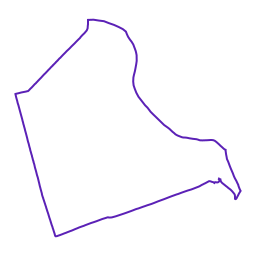 Chau Phu, An Giang, Vietnam
{"feature_id": "81297802B67223328663780", "entity_name": "Chau Phu", "entity_type": "district", "adm_level": 2, "iso_a3": "VNM", "parent_name": "Vietnam", "parent_adm1": "An Giang", "projection": "albers", "projection_center": [105.199, 10.569], "detail": "fine", "context": "isolated", "style": "outline", "palette": "violet", "viewbox_px": 256, "rotation_deg": 0, "n_neighbors": 0, "source": "geoboundaries", "source_scale": "gbopen_adm2", "svg_char_len": 5633}
<svg xmlns="http://www.w3.org/2000/svg" viewBox="0 0 256 256"><path d="M15.4,94.0L15.9,96.1L16.3,97.8L17.2,100.9L17.4,101.8L17.7,103.1L18.4,105.2L19.2,108.2L19.9,110.8L20.9,114.5L22.0,118.5L22.2,119.2L22.6,121.0L23.0,122.2L23.4,124.1L23.9,125.6L23.9,125.8L24.4,127.6L24.8,129.0L25.0,130.0L26.0,133.6L26.8,136.7L27.2,138.2L27.6,140.0L28.0,141.6L28.7,143.8L29.0,145.1L29.5,147.1L30.0,148.7L30.3,150.3L30.6,151.3L30.8,151.9L31.5,154.5L31.9,155.6L32.0,156.4L32.5,158.1L32.7,158.9L32.8,159.4L33.3,161.1L33.5,161.3L33.5,162.0L33.9,163.2L34.3,164.5L34.7,166.3L34.9,167.3L35.1,168.0L35.8,170.4L36.1,171.5L37.0,175.1L37.8,177.6L39.0,182.6L39.1,182.9L39.5,184.7L39.9,186.4L40.3,187.8L40.7,189.4L41.1,190.7L41.3,191.6L41.5,192.2L41.9,193.7L41.9,193.8L41.9,194.2L42.2,195.3L42.7,196.9L42.9,197.3L42.9,197.5L43.0,197.8L43.2,198.1L43.2,198.3L43.3,198.7L43.6,199.6L43.9,200.4L44.1,201.1L44.2,201.4L44.5,202.3L44.6,202.7L44.8,203.2L45.1,204.1L45.3,204.8L45.4,205.1L45.7,206.0L46.0,206.8L46.1,207.2L46.2,207.6L46.3,208.0L46.4,208.4L46.7,209.1L46.9,209.9L47.2,210.7L47.4,211.5L47.7,212.2L48.5,214.7L48.7,215.5L48.9,216.0L49.1,216.7L49.4,217.8L49.8,218.8L49.9,219.3L50.1,219.8L50.3,220.3L50.4,220.8L50.7,221.7L50.7,221.9L50.9,222.2L51.1,223.1L51.4,223.9L51.5,224.4L52.4,226.8L52.6,227.5L52.8,228.3L53.2,229.3L53.5,230.3L53.8,231.3L54.5,233.4L55.0,235.3L55.3,236.0L55.5,236.2L55.8,236.3L57.0,236.1L57.6,235.9L58.7,235.5L60.5,234.9L61.2,234.6L62.3,234.2L64.0,233.5L66.5,232.6L67.1,232.3L67.7,232.1L68.7,231.7L69.3,231.5L70.2,231.1L70.9,230.9L72.2,230.4L75.4,229.0L76.7,228.5L78.6,227.7L79.0,227.5L81.8,226.5L83.9,225.8L85.0,225.3L87.9,224.2L90.8,223.1L92.0,222.7L93.0,222.4L94.2,222.0L96.5,221.2L102.3,219.0L105.6,218.0L107.4,217.4L108.0,217.3L108.3,217.4L108.5,217.4L108.8,217.5L109.0,217.5L109.4,217.5L109.8,217.5L110.5,217.5L111.8,217.4L115.8,216.3L118.5,215.4L121.5,214.4L124.2,213.5L126.2,212.8L131.2,211.0L133.3,210.2L135.8,209.2L136.2,209.1L136.7,208.9L137.5,208.7L138.8,208.3L139.6,208.0L143.2,206.7L145.3,206.0L147.2,205.3L148.5,204.9L151.6,203.9L154.7,202.7L157.9,201.4L160.9,200.3L164.2,199.1L168.3,197.5L171.7,196.2L176.7,194.4L178.1,194.0L181.5,192.7L184.6,191.6L187.8,190.5L191.2,189.5L193.6,188.6L196.9,187.3L198.5,186.7L199.8,186.1L200.6,185.6L202.2,184.7L202.7,184.5L204.0,183.8L205.1,183.3L209.0,181.2L209.9,181.2L210.4,181.3L211.0,181.5L211.5,181.7L212.0,181.9L212.5,182.0L213.0,182.1L213.3,182.2L213.6,182.4L213.8,182.6L214.1,182.8L214.4,183.0L214.7,182.6L214.9,182.3L215.0,182.2L215.6,182.2L215.9,182.2L216.2,182.3L216.7,182.4L217.1,182.4L217.5,182.4L217.9,182.3L218.3,182.1L218.5,181.9L219.0,181.5L219.3,181.2L219.5,180.9L219.6,180.7L219.5,180.0L219.4,179.9L219.2,179.7L218.8,179.3L218.8,179.2L218.9,178.9L219.0,178.7L219.1,178.8L219.4,179.0L219.9,179.2L220.4,179.3L220.5,179.9L220.6,180.6L220.8,181.0L220.9,181.4L221.2,181.9L221.7,182.5L222.4,183.2L223.2,183.8L223.7,184.2L224.3,184.7L225.2,185.4L225.9,186.0L226.7,186.6L227.5,187.2L228.1,187.8L228.9,188.4L229.3,188.7L230.1,189.3L230.6,189.7L231.1,190.2L231.7,190.8L232.2,191.3L232.6,191.8L233.1,192.4L234.0,193.5L234.3,193.9L234.6,194.4L234.8,194.9L234.9,195.4L234.9,195.8L235.0,196.6L235.0,198.0L235.0,198.5L235.0,198.8L235.2,199.0L235.4,199.0L235.7,199.1L236.0,198.9L236.2,198.7L236.5,198.3L236.8,197.8L237.2,196.9L237.6,196.2L238.1,195.3L238.5,194.5L238.9,193.7L239.3,193.0L239.6,192.5L240.0,191.9L240.6,190.9L240.4,190.5L240.1,190.0L239.8,189.3L239.4,188.4L238.8,186.8L238.3,185.4L238.3,185.2L238.2,184.7L237.5,183.4L236.4,181.0L234.9,178.3L234.6,177.7L233.8,175.9L232.9,173.4L232.2,171.8L230.9,168.8L229.7,165.8L228.9,163.6L228.1,161.5L227.5,160.2L227.2,159.6L226.9,158.8L226.7,157.4L226.1,154.4L225.9,153.0L225.6,150.8L225.6,149.8L225.0,149.6L224.1,149.0L223.5,148.5L222.1,147.2L220.4,145.7L219.1,144.4L217.2,142.7L216.4,142.0L214.8,140.8L214.4,140.6L213.5,140.3L213.0,140.1L212.5,140.1L211.9,140.0L211.4,140.0L210.5,140.0L207.6,140.2L204.8,140.3L204.1,140.3L202.3,140.4L201.0,140.3L200.2,140.3L199.6,140.2L199.0,140.0L197.9,139.6L196.4,139.2L195.4,139.1L193.7,138.9L193.3,138.9L191.5,138.6L189.5,138.3L187.7,137.9L186.6,137.7L185.6,137.6L184.6,137.5L183.5,137.5L182.8,137.4L182.2,137.3L181.1,136.9L178.8,136.0L177.8,135.6L176.6,135.0L176.1,134.7L175.6,134.4L175.2,134.1L174.5,133.4L173.9,132.9L173.3,132.4L172.6,131.9L171.7,131.0L170.4,129.8L169.6,129.0L167.8,127.6L164.1,125.0L159.3,120.3L153.3,114.5L150.6,111.8L147.6,107.8L145.1,105.3L142.0,101.3L138.5,96.8L136.3,92.7L134.7,88.6L133.6,85.3L133.2,81.5L133.4,77.5L133.9,75.1L134.8,71.6L135.3,69.2L136.2,64.3L136.7,60.9L136.6,55.2L136.1,52.6L135.7,51.0L134.8,48.5L134.3,47.2L133.3,44.5L131.7,41.9L129.8,39.4L128.1,36.8L126.9,34.2L125.9,31.6L122.8,29.1L118.7,27.0L114.0,24.9L108.8,23.1L104.0,21.2L98.5,20.5L93.5,19.7L91.1,19.8L88.0,19.9L88.0,24.5L87.9,24.9L87.8,25.8L87.6,28.4L86.8,30.3L86.6,30.6L84.4,33.2L82.6,34.9L81.0,36.6L80.6,37.1L79.8,38.2L78.7,39.2L76.2,41.7L74.6,43.4L71.5,46.4L69.5,48.5L66.6,51.2L65.3,52.6L63.7,54.2L63.2,54.7L62.9,55.0L61.2,56.8L60.9,57.1L60.6,57.5L59.8,58.2L59.6,58.3L58.5,59.5L58.2,59.8L57.8,60.4L57.4,60.6L56.9,61.3L56.5,61.6L56.1,61.9L56.0,62.1L55.8,62.4L55.1,63.1L54.4,63.8L53.9,64.3L53.4,64.9L53.1,65.0L52.8,65.5L52.7,65.5L51.8,66.5L51.5,66.8L50.7,67.5L50.2,68.2L49.7,68.7L49.3,69.1L48.8,69.6L48.6,69.7L48.2,70.2L47.2,71.3L46.8,71.7L45.2,73.4L44.4,74.1L42.9,75.7L41.9,76.8L41.2,77.6L39.6,79.2L38.5,80.4L38.3,80.5L38.0,80.9L37.0,82.0L36.5,82.4L36.0,83.1L35.1,83.9L34.8,84.1L33.9,85.1L33.0,86.1L31.4,87.8L30.7,88.4L30.1,89.0L29.3,89.9L28.6,90.6L28.0,91.1L27.8,91.1L26.9,91.3L26.6,91.4L25.8,91.6L21.2,92.5L18.6,93.2L15.6,93.9L15.4,94.0Z" fill="none" stroke="#5b21b6" stroke-width="2"/></svg>